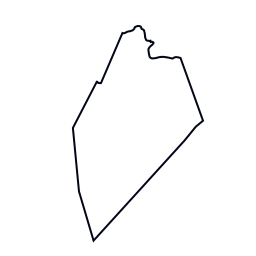 Chassin/Babonneau, Dauphin, Saint Lucia, rotated 67°
{"feature_id": "8701671B17247677679787", "entity_name": "Chassin/Babonneau", "entity_type": "district", "adm_level": 2, "iso_a3": "LCA", "parent_name": "Saint Lucia", "parent_adm1": "Dauphin", "projection": "natural_earth1", "projection_center": [-60.929, 13.991], "detail": "fine", "context": "isolated", "style": "outline", "palette": "ink", "viewbox_px": 256, "rotation_deg": 67, "n_neighbors": 0, "source": "geoboundaries", "source_scale": "gbopen_adm2", "svg_char_len": 3709}
<svg xmlns="http://www.w3.org/2000/svg" viewBox="0 0 256 256"><g transform="rotate(67 128 128)"><path d="M84.1,52.3L84.0,52.5L83.8,52.7L83.7,52.8L83.4,53.2L83.2,53.4L83.0,53.6L82.8,53.8L82.7,54.0L82.5,54.4L82.4,54.5L82.2,54.8L82.1,55.0L81.6,55.8L81.5,56.0L81.4,56.4L81.4,56.6L81.3,56.9L81.3,57.2L81.3,57.4L81.2,57.6L81.2,58.0L81.2,58.3L81.3,58.5L81.4,58.9L81.4,59.0L81.5,59.5L81.4,59.9L81.0,60.6L80.9,60.7L80.8,60.8L80.7,60.9L80.7,61.0L80.5,61.3L80.3,61.5L80.2,61.7L80.1,61.8L79.9,62.1L79.7,62.4L79.4,62.7L79.2,63.0L79.0,63.3L78.9,63.5L78.6,63.8L78.6,64.0L78.4,64.2L78.3,64.4L78.1,64.6L78.0,64.9L77.9,65.0L77.7,65.4L77.5,65.6L77.4,65.8L77.2,66.2L77.1,66.4L77.0,66.5L76.9,66.7L76.8,66.8L76.7,67.0L76.4,67.5L76.3,67.8L76.2,68.0L76.0,68.4L76.0,68.5L75.9,68.6L75.8,68.9L75.7,69.2L75.7,69.3L75.6,69.5L75.5,69.9L75.4,70.1L75.3,70.5L75.2,70.6L75.2,70.8L75.0,71.7L74.9,72.0L74.8,72.7L74.8,72.9L74.8,73.2L74.7,73.3L74.7,73.5L74.7,73.9L74.6,74.0L74.6,74.3L74.5,74.7L74.5,75.0L74.3,75.7L74.2,76.0L74.1,76.4L74.1,76.6L74.0,77.0L73.9,77.2L73.8,77.5L73.7,77.7L73.7,77.8L73.5,78.2L73.5,78.4L73.4,78.5L73.2,78.8L73.1,79.0L72.9,79.2L72.7,79.4L72.6,79.5L72.4,79.6L72.2,79.8L71.8,80.0L71.7,80.0L71.3,80.1L71.2,80.2L70.9,80.2L70.3,80.2L70.2,80.2L69.9,80.1L69.7,80.1L69.3,80.0L69.1,80.0L68.9,79.9L68.6,79.8L68.4,79.8L68.2,79.8L68.1,79.7L67.8,79.7L67.6,79.6L67.3,79.6L67.1,79.6L66.9,79.5L66.5,79.4L66.3,79.3L66.2,79.3L65.9,79.2L65.7,79.1L65.3,79.0L65.1,79.0L64.7,78.9L64.4,78.8L64.1,78.7L63.9,78.6L63.7,78.5L63.5,78.4L63.3,78.2L63.2,78.2L62.9,77.8L62.7,77.6L62.6,77.4L62.5,77.2L62.3,77.0L62.2,76.8L62.1,76.6L62.0,76.4L61.9,76.2L61.7,75.8L61.6,75.6L61.5,75.4L61.3,74.8L61.3,74.7L61.2,74.4L61.2,74.2L61.0,73.8L61.0,73.7L60.9,73.3L60.9,73.2L60.5,72.5L60.4,72.2L60.2,71.8L60.1,71.7L59.9,71.5L59.8,71.4L59.6,71.3L59.5,71.2L59.4,71.2L59.1,71.3L58.9,71.4L58.8,71.5L58.7,71.5L58.4,71.7L58.3,71.8L58.2,72.1L58.0,72.4L57.9,72.5L57.8,72.8L57.7,72.9L57.7,73.1L57.0,73.2L56.8,73.2L56.9,73.4L57.2,73.7L56.9,73.8L56.4,74.1L56.2,74.3L56.1,74.5L55.9,74.7L55.8,75.0L55.5,75.3L55.4,75.5L55.3,75.8L55.1,76.0L54.9,76.3L54.8,76.5L54.6,76.6L54.4,76.8L54.2,76.8L53.9,76.9L53.6,76.9L53.4,76.9L53.2,76.9L52.6,76.9L52.3,76.9L52.1,76.9L51.8,76.8L51.7,76.8L51.3,76.8L51.2,76.8L51.1,76.7L50.7,76.6L50.4,76.6L50.2,76.5L50.1,76.4L49.9,76.3L49.7,76.2L49.3,76.1L49.2,76.1L48.9,76.1L48.7,76.0L48.4,76.0L48.2,75.9L47.9,75.7L47.5,75.6L47.3,75.6L46.8,75.5L46.6,75.5L46.4,75.4L46.0,75.4L45.9,75.4L45.6,75.4L45.3,75.3L45.0,75.2L44.9,75.2L44.7,75.2L44.4,75.1L44.2,75.2L43.8,75.3L43.7,75.4L43.5,75.5L43.2,75.7L43.0,75.8L42.9,75.9L42.8,76.0L42.7,76.1L42.6,76.3L42.4,76.5L42.2,76.6L41.8,76.7L41.7,76.8L41.4,76.8L41.1,76.7L40.9,76.7L40.7,76.6L40.4,76.6L40.2,76.6L39.8,76.7L39.7,76.7L39.6,76.8L39.4,77.0L39.1,77.2L39.0,77.3L38.9,77.4L38.7,77.5L38.6,77.8L38.4,78.1L38.3,78.3L38.1,78.7L38.1,78.8L38.0,79.0L37.9,79.3L37.9,79.5L37.8,79.8L37.8,80.0L37.8,81.0L37.8,81.3L37.8,81.6L37.8,82.0L38.0,82.5L38.3,82.8L38.6,83.0L38.9,83.2L39.0,83.3L39.1,83.5L39.4,84.1L39.7,84.9L39.7,85.1L39.8,85.3L39.9,85.6L39.9,85.8L39.9,86.0L39.9,86.3L39.8,86.6L39.8,86.8L39.8,87.0L39.8,87.3L39.8,87.5L39.8,87.9L39.7,88.0L39.7,88.3L39.6,88.7L39.5,89.0L39.4,89.6L39.3,89.8L39.2,90.3L39.2,90.8L39.1,91.0L39.1,91.5L39.2,92.0L39.2,92.3L39.2,92.5L39.2,92.8L39.3,92.9L39.3,93.2L39.3,93.3L39.3,93.8L39.3,94.1L39.2,94.4L39.2,94.5L39.1,94.8L39.0,95.1L39.0,95.3L38.9,95.4L38.8,95.5L38.7,95.6L38.6,95.8L38.4,96.0L75.2,134.4L76.1,135.4L75.2,137.4L75.0,137.5L74.9,137.7L74.8,137.8L74.6,137.9L74.4,138.0L74.2,138.2L73.8,138.2L73.7,138.2L73.4,138.2L73.0,138.1L72.9,138.1L72.7,138.0L106.4,178.7L167.2,197.9L218.2,203.7L161.5,80.6L153.3,65.1L150.6,56.1L84.1,52.3Z" fill="none" stroke="#020617" stroke-width="2"/></g></svg>